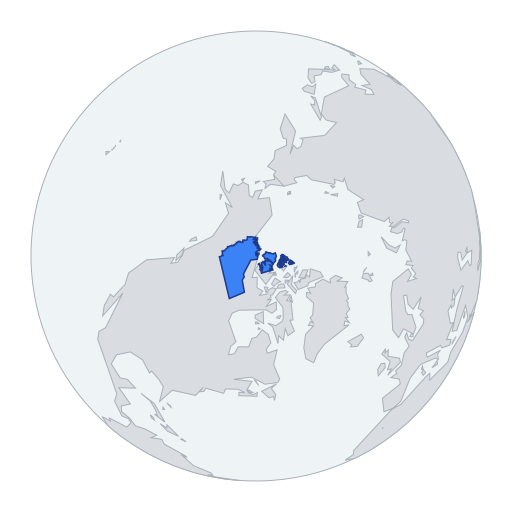 globe centered on Northwest Territories, rotated 86°
{"feature_id": "CAN-635", "entity_name": "Northwest Territories", "entity_type": "Territory", "adm_level": 1, "iso_a3": "CAN", "parent_name": "Canada", "parent_adm1": "", "projection": "orthographic", "projection_center": [-123.126, 69.383], "detail": "fine", "context": "on_globe", "style": "filled", "palette": "blue", "viewbox_px": 512, "rotation_deg": 86, "n_neighbors": 0, "source": "natural_earth", "source_scale": "10m", "svg_char_len": 16437}
<svg xmlns="http://www.w3.org/2000/svg" viewBox="0 0 512 512"><g transform="rotate(86 256 256)"><circle cx="256" cy="256" r="225" fill="#eef3f6" stroke="#a8b0b8"/><path d="M415.5,415.1L405.5,420.6L410.5,412.8L407.3,413.7L417.7,396.8L413.5,392.2L409.4,394.6L406.2,400.9L391.0,407.2L383.7,404.5L327.8,419.7L320.1,417.8L317.1,411.1L283.8,391.5L305.0,413.1L294.8,410.8L284.0,403.9L286.8,401.0L275.2,388.6L264.1,384.3L252.2,365.4L251.9,337.4L257.4,341.4L256.7,334.5L249.7,329.1L245.3,327.3L233.4,298.0L211.4,280.4L200.7,282.8L206.0,276.3L183.2,286.5L168.8,283.2L187.4,282.1L191.1,278.4L182.5,273.6L184.5,268.8L181.5,263.8L184.6,258.6L195.2,258.6L197.4,255.3L191.2,252.2L190.4,245.2L199.2,250.2L198.7,238.5L216.3,237.1L237.2,255.8L249.4,251.4L277.3,261.4L277.2,256.3L287.6,257.2L291.4,251.7L295.5,255.3L294.9,247.9L290.4,245.6L288.7,241.6L290.4,238.2L296.0,242.2L295.9,244.5L298.5,243.9L300.5,247.4L300.5,243.8L307.0,249.2L303.3,239.0L310.7,239.2L314.3,244.1L310.4,249.9L308.9,276.5L311.3,283.7L318.7,287.8L340.2,282.0L344.4,287.6L352.6,290.4L352.0,284.4L345.3,280.0L346.2,269.7L337.9,265.9L337.1,261.2L330.0,255.0L335.0,249.3L343.7,247.2L349.8,252.2L353.8,251.5L351.1,241.5L365.6,246.0L380.4,240.9L383.7,243.0L384.5,256.0L376.5,269.0L377.5,286.9L380.8,268.7L389.1,274.6L392.1,272.9L394.0,268.8L392.4,264.1L396.0,264.9L394.1,282.9L390.8,282.5L391.4,276.7L387.7,283.0L386.5,295.6L390.7,297.8L384.4,315.3L387.3,317.1L387.6,322.1L383.3,317.9L390.9,326.0L384.1,348.8L394.3,362.3L380.0,357.6L372.2,361.6L363.6,368.1L365.2,370.5L351.7,376.4L342.9,388.1L344.8,402.0L353.5,407.9L368.1,400.1L370.1,392.9L379.4,385.4L377.8,402.0L394.9,391.6L396.1,400.8L401.7,401.0L409.0,393.4L417.0,388.1L420.9,378.6L427.9,367.5L429.9,373.3L432.3,362.8L437.3,360.6L450.1,340.9L449.6,343.8L460.7,333.1L469.4,315.8L471.5,314.7L470.8,319.4L473.1,312.7L473.1,313.9L479.1,286.9L476.3,302.9L472.4,318.6L467.4,333.9L461.2,348.9L454.0,363.4L445.8,377.3L436.6,390.6L426.5,403.3L415.5,415.1ZM141.3,398.4L141.7,394.9L144.5,398.6L141.3,398.4ZM140.0,391.7L140.2,393.1L139.6,391.7L140.0,391.7ZM138.2,390.0L139.5,391.2L137.9,390.2L138.2,390.0ZM135.6,388.1L137.1,389.0L136.8,389.0L135.6,388.1ZM396.0,367.8L415.4,358.4L406.8,368.4L408.0,365.5L402.6,366.9L393.3,371.6L385.1,380.3L396.0,367.8ZM132.1,384.0L131.3,382.9L132.7,383.4L132.1,384.0ZM399.2,353.1L396.1,355.3L398.8,352.6L399.2,353.1ZM243.0,327.3L249.4,329.5L255.0,336.3L249.5,335.0L243.0,327.3ZM232.7,314.4L236.2,313.9L236.6,321.4L234.5,319.3L232.7,314.4ZM192.6,285.8L197.4,287.9L192.1,287.5L192.6,285.8ZM180.5,264.1L178.5,265.1L177.8,262.1L180.5,264.1ZM327.8,258.6L328.9,256.9L329.6,258.9L327.8,258.6ZM323.7,257.6L323.7,261.2L321.8,261.3L321.8,259.1L323.7,257.6ZM181.9,251.4L181.3,246.4L183.7,251.5L181.9,251.4ZM324.0,253.1L318.3,261.0L314.9,261.1L312.0,252.7L324.0,253.1ZM182.2,243.5L180.8,231.8L176.2,232.9L188.3,223.3L185.5,236.4L189.2,242.3L184.9,240.9L182.2,243.5ZM288.2,246.3L293.1,248.6L287.4,249.9L288.2,246.3ZM285.0,248.2L270.0,258.2L263.8,253.4L270.1,250.9L260.6,247.3L264.9,240.0L271.1,240.3L274.3,244.8L273.5,238.6L285.0,248.2ZM195.2,220.1L196.4,217.3L197.1,220.2L195.2,220.1ZM287.5,240.1L285.1,242.5L279.4,238.5L283.4,233.0L283.9,236.0L287.5,240.1ZM256.0,250.0L252.6,246.2L255.1,239.1L254.1,236.7L264.5,239.4L256.0,250.0ZM286.1,235.2L285.5,230.3L289.8,229.2L289.6,237.5L286.1,235.2ZM276.4,239.8L273.9,237.6L276.5,237.0L276.4,239.8ZM304.5,222.8L301.7,225.6L298.6,223.7L304.5,222.8ZM285.0,228.5L283.5,228.9L282.0,228.6L282.5,225.2L285.0,228.5ZM265.5,234.3L267.3,232.3L261.4,232.8L263.1,227.7L269.7,230.5L267.6,227.2L268.1,225.6L272.9,229.7L265.5,234.3ZM278.2,220.6L287.3,222.6L293.2,217.8L296.2,219.3L286.1,226.9L278.2,220.6ZM274.7,225.6L277.6,222.8L279.8,226.0L279.2,229.9L274.7,225.6ZM261.8,223.3L257.6,230.4L256.3,229.6L261.8,223.3ZM279.5,218.6L277.3,218.2L279.7,217.9L279.5,218.6ZM266.8,221.1L265.4,223.7L264.0,222.7L266.8,221.1ZM274.0,215.2L276.9,215.8L276.6,218.4L274.0,215.2ZM270.3,217.4L268.7,215.4L274.8,219.0L270.0,218.7L270.3,217.4ZM265.6,219.7L264.3,219.9L266.4,218.8L265.6,219.7ZM273.5,205.1L281.3,209.1L280.6,214.7L273.1,210.1L273.5,205.1ZM464.7,171.1L466.0,181.3L460.8,172.8L456.8,172.0L418.6,131.4L413.9,121.6L387.7,94.3L385.1,90.8L391.9,91.3L375.2,72.1L365.5,68.5L346.7,55.4L331.8,48.9L319.9,50.4L344.3,61.0L344.8,65.6L322.4,59.1L300.6,51.2L300.1,52.7L310.8,60.3L302.6,61.5L314.1,63.5L311.8,60.5L318.9,61.8L321.5,64.6L318.5,64.8L324.2,68.3L336.9,66.8L335.9,63.6L352.8,71.7L352.7,67.3L358.4,68.9L360.6,77.0L358.0,78.1L364.7,92.9L369.0,92.4L362.9,78.6L366.2,81.6L372.0,81.3L370.2,84.0L375.7,99.6L388.7,110.8L410.9,121.6L417.4,130.0L420.4,139.2L406.8,139.8L393.8,121.1L388.8,121.5L386.7,129.9L382.9,123.6L380.4,124.9L375.1,118.6L362.9,114.9L356.7,109.6L347.4,113.3L342.9,111.1L349.7,109.5L351.1,105.6L335.3,93.8L330.9,93.0L326.1,96.5L322.3,92.9L319.7,97.8L308.4,94.1L320.1,102.9L314.8,107.6L305.5,108.4L305.9,111.6L321.0,110.5L325.1,108.7L325.3,104.5L338.4,101.4L344.8,104.4L339.0,114.0L347.5,119.5L339.3,124.8L303.5,124.0L290.9,121.3L279.5,105.0L285.1,102.2L291.9,106.6L289.7,97.4L287.9,100.6L284.8,97.8L278.9,101.9L276.4,100.1L275.1,107.2L271.4,105.5L272.3,101.1L260.5,106.1L251.5,104.4L250.1,106.4L251.0,109.0L239.0,105.3L238.5,107.0L242.2,108.9L243.5,113.4L241.1,120.2L237.1,118.5L237.4,115.9L232.0,108.0L233.5,101.3L231.6,101.4L229.4,106.8L236.0,116.4L235.7,120.9L231.7,116.7L233.1,118.6L231.7,120.4L226.6,120.6L230.6,125.5L220.6,148.1L209.7,151.2L207.3,144.7L196.1,159.6L184.6,162.5L188.0,164.0L185.0,172.6L188.6,171.8L190.0,173.3L183.8,195.6L179.2,199.7L180.5,211.7L182.3,212.6L185.7,210.1L188.3,223.3L176.2,232.9L172.8,230.3L167.5,238.2L160.5,231.3L152.3,229.5L147.7,217.7L141.5,217.5L140.2,220.7L130.9,223.0L116.4,217.2L134.1,207.8L157.0,215.0L148.2,210.7L152.0,207.6L149.9,203.6L143.5,201.0L141.6,203.3L140.5,179.1L128.6,166.4L125.2,176.7L118.7,180.9L102.2,176.7L92.6,151.6L83.8,158.0L80.5,157.7L81.7,150.6L86.7,150.7L91.8,144.5L94.4,145.8L98.2,134.7L102.1,136.1L103.1,127.1L98.0,129.3L93.3,138.3L92.5,130.2L82.2,138.6L76.4,139.4L77.9,125.2L86.5,111.4L86.0,111.0L91.9,105.1L96.0,99.0L82.2,112.6L82.0,112.9L97.7,95.7L115.1,80.2L116.6,79.0L121.4,75.3L125.0,72.7L125.9,72.2L138.2,65.2L150.9,57.2L160.5,52.0L178.7,44.4L197.6,38.4L199.0,38.1L206.5,36.2L222.4,34.1L254.1,31.6L257.3,32.2L263.6,32.0L274.6,33.3L278.9,35.1L286.2,35.9L274.2,31.9L266.3,31.4L257.8,31.9L256.1,31.2L245.3,31.1L250.9,30.8L267.2,31.0L283.4,32.4L299.5,35.0L315.3,38.7L331.2,46.5L329.3,46.6L329.4,47.0L333.8,47.2L336.9,50.0L327.5,42.6L327.1,42.2L342.2,47.9L357.0,54.6L371.2,62.4L384.8,71.2L397.8,80.9L410.0,91.6L421.4,103.1L432.0,115.3L441.6,128.4L450.3,142.0L458.0,156.3L464.7,171.1ZM435.6,141.3L437.6,141.8L435.6,141.3ZM279.8,42.0L265.2,40.3L267.8,45.0L262.3,44.9L265.2,46.6L268.0,45.4L274.4,50.6L266.6,51.6L266.3,54.3L271.2,55.0L284.4,52.6L275.4,44.9L280.5,43.6L279.8,42.0ZM450.4,340.2L452.2,338.9L450.3,342.2L450.4,340.2ZM406.9,372.5L410.4,369.4L412.6,368.7L410.2,371.6L406.9,372.5ZM433.1,342.5L436.5,338.7L433.6,343.9L433.1,342.5ZM418.1,356.6L430.5,345.8L424.6,356.5L416.6,363.2L421.4,356.9L418.1,356.6ZM400.2,359.3L402.6,357.8L402.7,359.8L400.2,359.3ZM401.2,351.2L400.5,352.1L398.7,352.0L401.2,351.2ZM389.2,273.5L389.4,272.1L391.9,268.7L391.9,271.7L389.2,273.5ZM395.6,245.9L401.4,247.7L397.3,248.3L398.5,252.7L391.4,259.8L385.0,244.4L389.1,250.0L395.6,245.9ZM380.2,265.2L385.4,262.3L379.9,266.1L380.2,265.2ZM372.2,138.9L371.9,135.0L376.3,134.9L384.0,142.4L377.8,142.5L372.2,138.9ZM370.5,129.5L362.6,137.3L357.4,133.2L361.7,134.1L359.0,130.6L365.2,131.3L368.0,120.0L372.0,119.3L384.2,133.0L378.0,128.8L378.6,132.8L370.5,129.5ZM351.4,166.5L347.9,170.4L341.3,156.4L345.3,154.4L353.3,161.5L353.3,168.1L351.4,166.5ZM320.1,237.0L319.2,239.8L317.7,238.6L317.2,235.3L320.1,237.0ZM303.5,224.2L322.5,223.6L322.4,226.7L333.6,222.9L337.8,229.7L330.4,231.9L342.0,234.5L337.0,239.2L344.9,240.1L327.9,244.3L323.9,248.9L326.8,241.1L323.1,234.6L320.3,233.2L309.3,232.7L298.7,239.6L293.4,234.5L292.4,229.0L294.1,226.6L297.0,230.6L297.2,224.5L302.8,228.5L303.5,224.2ZM283.9,171.6L286.6,176.8L287.9,166.2L293.4,169.7L293.2,168.3L298.7,168.7L305.1,166.7L307.1,169.1L308.7,167.4L312.4,167.7L315.2,166.1L319.8,170.0L323.7,168.4L323.7,171.1L329.1,167.4L327.1,171.9L331.7,173.0L331.2,168.0L348.9,194.0L357.9,201.8L366.5,205.9L361.9,213.5L350.9,214.7L337.6,212.0L329.6,203.5L329.0,208.6L325.0,206.2L327.2,203.2L321.4,206.3L318.7,203.5L306.9,201.9L300.2,208.4L295.8,208.1L297.0,204.1L291.7,206.6L290.9,198.9L287.7,198.6L283.8,190.8L288.0,183.6L284.1,183.7L280.9,178.0L283.9,171.6ZM272.6,202.8L276.4,193.1L281.3,190.3L286.1,205.1L289.2,206.5L292.4,216.1L285.2,219.9L284.9,216.8L283.0,214.7L286.0,214.3L282.2,213.0L281.7,208.7L278.5,206.6L280.6,204.0L272.6,202.8ZM379.8,88.3L377.3,85.9L372.9,82.6L376.5,82.5L379.8,88.3ZM383.9,98.9L381.3,96.9L384.1,94.8L386.7,97.5L383.9,98.9ZM377.4,97.7L380.9,97.0L380.6,98.9L377.4,97.7ZM347.1,108.0L344.0,106.3L344.7,105.1L347.5,104.9L347.1,108.0ZM288.9,141.8L289.6,145.0L288.1,145.3L285.3,151.9L281.0,149.9L281.0,145.2L288.9,141.8ZM325.4,51.3L331.1,52.2L332.8,53.6L330.5,52.9L325.4,51.3ZM356.1,66.4L350.2,62.0L357.1,66.4L356.1,66.4ZM283.7,140.7L283.0,143.6L281.2,140.9L283.7,140.7ZM277.6,148.9L275.1,146.2L280.1,150.4L277.6,148.9ZM60.8,143.5L59.9,145.4L59.0,146.8L59.8,145.2L60.8,143.5ZM58.5,148.7L57.4,150.1L60.0,145.9L58.5,148.7ZM84.5,111.7L88.2,107.1L89.1,106.5L85.0,112.1L84.5,111.7ZM72.0,140.4L68.9,141.0L68.4,140.2L71.6,137.2L72.0,140.4ZM245.5,129.8L254.3,122.6L257.7,116.6L255.1,111.5L262.6,115.7L257.3,125.1L245.5,129.8ZM224.1,145.9L226.4,150.6L223.0,150.9L222.0,149.8L224.1,145.9ZM227.2,147.1L234.7,148.6L234.4,152.7L228.6,150.7L227.2,147.1ZM259.4,143.8L262.3,141.8L263.7,144.0L259.4,143.8ZM51.3,162.0L49.4,166.5L46.7,172.5L51.3,162.0ZM51.8,161.1L53.9,156.5L52.3,160.4L51.8,161.1ZM55.0,154.4L56.2,152.5L54.0,156.9L55.0,154.4ZM50.5,164.0L51.6,162.9L49.7,166.3L50.5,164.0ZM59.5,148.1L53.3,159.0L59.8,146.5L64.2,142.7L61.8,147.5L59.5,148.1ZM72.0,170.6L74.9,169.5L73.8,174.5L72.1,173.9L72.0,170.6ZM73.0,190.5L74.5,175.5L76.1,163.9L73.7,167.3L70.6,164.7L76.4,159.6L78.1,167.7L76.1,176.6L79.6,178.4L80.5,185.5L86.1,184.9L87.7,188.4L82.0,191.7L73.0,190.5ZM88.7,184.4L98.8,186.7L95.1,196.4L92.0,198.1L88.9,192.8L91.1,188.0L88.7,184.4ZM100.2,190.2L102.4,185.7L121.9,181.0L125.1,182.5L108.2,190.8L109.4,187.0L105.3,186.5L100.2,190.2ZM194.0,217.0L196.2,217.3L194.1,218.9L194.0,217.0ZM192.0,172.6L193.6,174.9L191.0,176.6L192.0,172.6ZM196.6,182.1L198.4,178.6L198.1,183.0L196.6,182.1ZM202.0,170.7L199.9,177.5L199.5,170.1L202.0,170.7Z" fill="#d9dde1" stroke="#a8b0b8" stroke-width="1"/><path d="M237.3,255.8L238.9,257.2L238.6,256.3L238.8,256.4L238.0,255.8L238.7,255.6L238.2,255.3L238.2,254.8L238.9,255.4L238.4,254.5L239.4,254.8L239.3,254.2L239.5,254.0L240.4,254.3L240.3,254.0L240.7,253.6L240.6,253.2L241.0,254.0L241.5,254.1L240.7,255.0L240.4,255.5L242.4,254.7L242.7,253.8L243.2,254.0L243.5,253.9L243.1,253.9L243.2,253.6L243.7,253.9L244.9,253.0L245.1,253.5L245.6,252.5L246.9,252.8L247.3,252.0L247.6,252.7L245.3,254.6L245.2,254.3L243.9,254.5L243.2,255.6L243.1,255.3L242.9,255.9L243.0,255.4L242.6,255.4L242.4,255.9L242.3,256.5L242.1,256.1L241.4,256.9L241.7,257.4L242.1,257.6L241.5,256.9L242.8,257.3L242.9,257.0L242.4,257.0L242.6,256.7L242.4,256.2L243.0,255.9L243.1,255.6L243.0,256.1L243.2,255.6L243.3,256.0L244.2,255.1L243.9,255.0L244.6,255.0L244.4,255.4L244.9,254.8L244.6,255.5L244.9,255.2L244.9,254.5L244.9,255.3L245.1,254.4L244.9,255.5L245.3,254.7L245.0,255.5L245.3,255.3L245.0,256.0L245.1,256.3L245.2,255.7L246.1,254.2L248.3,253.3L248.1,253.8L247.8,253.8L247.8,254.3L248.1,254.4L249.0,253.4L249.0,252.8L250.2,252.5L249.3,251.8L249.6,251.0L250.7,252.4L251.1,254.3L251.7,255.3L252.8,256.2L253.3,255.7L252.5,255.8L253.3,255.5L252.8,255.0L252.9,254.7L253.7,254.7L253.1,254.3L254.0,253.6L253.2,253.5L254.3,253.4L253.8,253.1L254.1,252.9L254.3,253.3L254.1,253.7L254.3,254.1L254.1,254.6L254.8,254.8L254.1,255.9L254.2,256.0L255.6,255.9L256.2,254.2L259.2,255.0L259.4,255.3L259.6,261.4L273.2,269.8L276.2,269.2L278.5,271.1L279.5,271.4L291.3,270.1L296.6,285.6L254.2,292.6L253.9,290.9L253.1,290.0L253.4,289.6L253.2,288.9L251.7,289.6L250.7,289.1L248.9,289.6L248.8,288.4L248.4,288.3L248.7,287.9L248.5,286.8L247.3,286.1L246.0,284.0L244.7,283.8L244.8,282.7L245.0,282.5L244.4,282.1L244.1,280.9L244.5,280.2L243.6,279.3L244.3,278.5L243.5,277.6L243.9,277.2L242.7,276.1L242.4,274.6L241.3,274.6L241.6,274.1L240.2,272.7L240.8,271.9L240.2,271.1L241.4,269.8L240.9,268.7L241.3,268.3L239.3,268.0L239.2,267.6L239.6,266.9L239.2,266.6L239.7,265.7L239.2,264.0L239.7,263.9L236.1,263.2L236.6,261.3L236.3,260.4L237.3,255.8ZM264.9,254.6L264.0,254.1L263.6,253.3L267.4,251.5L270.0,251.6L271.4,251.0L267.8,249.9L265.9,250.7L263.1,250.8L262.0,249.4L265.3,247.6L264.7,247.4L265.6,247.3L266.0,246.9L263.2,247.8L262.9,247.3L263.0,247.9L262.2,247.9L262.0,247.6L262.8,247.1L262.4,246.9L262.7,246.7L261.0,247.0L261.0,245.8L262.0,244.5L261.4,243.6L262.6,241.8L265.6,239.6L266.4,240.5L266.6,241.7L266.1,242.8L267.2,242.1L267.0,242.5L267.1,242.4L267.3,242.1L267.0,241.8L267.2,241.2L267.6,240.8L269.8,241.5L269.8,242.1L269.3,243.0L269.6,243.0L269.6,243.6L269.9,242.5L269.9,243.0L270.4,243.2L270.2,242.7L270.5,242.0L271.4,242.3L273.5,251.7L270.2,252.3L270.1,252.8L270.4,252.8L269.8,253.1L269.7,252.4L264.1,253.2L264.1,253.6L264.9,254.6ZM264.7,239.2L260.6,243.1L260.5,244.2L259.4,244.6L259.6,245.1L259.3,245.8L259.4,246.8L259.1,247.6L257.8,247.8L256.4,249.3L255.8,249.1L254.8,246.9L253.4,245.8L253.8,245.8L252.7,245.8L253.3,244.0L253.8,243.4L253.7,243.2L253.9,242.9L253.7,242.3L254.4,242.0L254.0,241.4L255.3,238.8L254.8,238.3L254.3,236.5L257.6,235.7L259.9,236.8L259.6,237.4L259.6,237.6L259.9,236.9L260.3,236.9L260.4,237.4L260.3,237.8L260.7,236.8L262.1,236.7L264.7,239.2ZM269.4,233.1L268.0,234.8L266.4,235.4L265.0,234.6L266.5,233.1L267.7,232.8L268.1,231.8L266.8,232.5L266.7,232.4L266.8,232.1L266.4,232.0L266.3,232.7L265.3,233.0L265.5,232.5L265.2,232.5L265.2,232.0L265.3,231.9L265.7,231.5L264.9,231.4L264.9,232.4L264.6,232.1L264.5,232.3L264.8,232.6L264.8,233.1L264.2,233.5L263.9,232.7L263.5,232.9L263.7,233.3L263.5,233.6L262.9,233.3L263.1,233.0L262.8,233.1L262.9,232.7L262.4,233.1L261.4,232.7L261.8,231.8L263.0,231.7L263.9,230.7L261.7,231.3L262.0,230.6L263.9,230.0L262.1,230.0L262.3,229.8L262.1,229.6L262.1,229.2L262.5,228.9L263.9,228.9L262.7,228.5L263.7,227.5L264.2,227.6L264.6,228.7L266.0,228.5L265.9,228.7L266.8,229.4L266.4,229.8L267.1,229.6L267.6,230.8L268.8,230.4L269.4,233.1ZM259.9,229.4L259.4,228.5L259.2,228.6L259.4,229.5L259.1,229.5L259.5,230.0L258.6,230.7L258.6,230.1L258.3,230.0L258.3,229.4L258.1,229.2L258.0,229.5L258.1,230.2L257.7,230.4L257.2,229.9L256.7,230.3L256.4,230.1L256.6,229.6L256.4,229.6L256.6,229.5L256.5,229.4L256.1,229.7L256.7,228.5L257.5,228.3L257.8,227.3L258.5,226.8L259.4,224.8L261.3,224.7L261.1,224.5L261.5,224.3L261.1,224.1L261.7,223.6L262.7,224.5L261.9,225.3L262.5,225.9L262.0,226.1L262.5,226.9L261.6,227.6L261.7,228.4L261.6,228.6L260.7,228.2L260.8,226.8L260.7,226.6L260.2,227.1L260.4,227.7L259.8,227.9L260.2,228.5L259.9,229.4ZM266.7,221.4L266.0,221.8L266.7,222.0L266.9,222.5L266.9,223.0L265.5,224.0L264.4,223.4L264.3,223.2L264.1,222.3L265.5,221.0L266.5,220.7L266.7,221.4ZM266.3,219.9L265.4,219.8L265.0,220.4L263.7,220.3L265.6,218.3L266.0,218.5L266.3,219.9ZM261.3,229.4L260.4,231.8L259.6,231.5L260.3,230.2L261.3,229.4ZM263.1,221.4L263.9,222.4L263.4,222.8L262.5,222.0L263.1,221.4ZM263.4,226.6L264.2,225.9L264.7,226.3L264.5,226.6L263.4,226.6ZM271.2,241.1L270.9,241.2L270.1,240.4L271.0,240.2L271.2,241.1ZM268.2,227.8L267.8,227.6L267.7,227.1L268.0,226.9L268.2,227.8ZM257.8,231.0L258.2,230.3L258.1,230.9L257.8,231.0ZM271.1,241.3L271.1,241.5L270.9,241.5L271.1,241.3ZM270.2,250.9L271.1,250.9L270.5,251.1L270.2,250.9ZM249.3,250.8L249.5,250.9L249.2,251.1L249.3,250.8ZM263.7,250.9L264.2,251.0L263.6,251.0L263.7,250.9ZM237.8,255.1L238.0,255.1L238.1,255.3L237.8,255.1ZM238.9,254.2L239.2,254.3L239.3,254.5L239.2,254.6L238.9,254.2ZM239.2,253.5L239.2,253.3L239.3,253.3L239.2,253.5ZM264.7,251.0L265.1,250.9L264.7,251.0L264.7,251.0ZM271.2,241.9L271.3,242.1L271.0,241.9L271.2,241.9ZM238.6,253.7L238.9,254.0L238.6,253.8L238.6,253.7ZM241.4,253.9L241.1,253.9L241.4,253.9L241.4,253.9ZM269.1,251.3L269.3,251.3L269.1,251.3ZM264.3,251.0L264.5,250.9L264.3,251.0ZM265.4,250.8L265.5,250.7L265.2,250.9L265.4,250.8ZM264.3,251.1L264.6,251.3L264.2,251.1L264.3,251.1ZM253.6,252.9L253.4,253.1L253.4,252.9L253.6,252.9ZM270.7,241.8L270.8,241.9L270.6,241.9L270.7,241.8ZM270.7,241.7L270.9,241.8L270.7,241.8L270.7,241.7Z" fill="#3b82f6" stroke="#1e3a8a" stroke-width="1.5"/></g></svg>